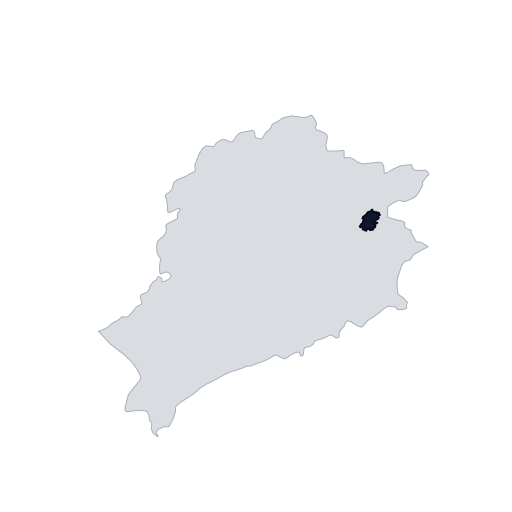 location of Karma, Gomel, Belarus, rotated 330°
{"feature_id": "67162791B17316516711258", "entity_name": "Karma", "entity_type": "district", "adm_level": 2, "iso_a3": "BLR", "parent_name": "Belarus", "parent_adm1": "Gomel", "projection": "equal_earth", "projection_center": [30.843, 53.121], "detail": "fine", "context": "in_parent", "style": "filled", "palette": "ink", "viewbox_px": 512, "rotation_deg": 330, "n_neighbors": 0, "source": "geoboundaries", "source_scale": "gbopen_adm2", "svg_char_len": 6265}
<svg xmlns="http://www.w3.org/2000/svg" viewBox="0 0 512 512"><g transform="rotate(330 256 256)"><path d="M409.4,334.0L401.8,333.6L392.7,333.7L387.6,336.5L382.0,335.2L378.0,336.7L369.0,344.4L365.4,348.5L362.1,354.8L360.0,359.5L361.1,362.8L362.8,365.9L363.2,369.2L364.0,371.8L361.8,373.7L360.5,376.4L356.6,376.0L351.9,373.3L351.0,369.6L347.4,366.9L345.0,365.6L341.1,365.4L334.8,366.6L326.6,367.5L320.5,367.8L317.1,369.1L312.1,370.4L310.2,368.9L307.5,364.6L305.3,360.3L303.7,358.5L302.4,358.0L300.7,358.1L298.8,359.4L297.3,360.8L292.2,362.4L289.9,363.9L287.3,367.8L285.7,367.6L284.0,366.7L282.1,362.3L279.4,361.3L275.1,361.2L269.7,360.3L265.4,359.0L263.8,359.3L261.2,361.1L258.4,361.4L252.3,359.7L251.1,360.5L247.4,365.3L245.8,365.6L244.8,365.0L245.5,360.8L241.9,359.3L235.9,359.0L231.7,359.7L229.6,359.5L228.6,358.7L223.6,351.6L220.9,351.2L216.0,351.5L208.8,350.7L200.5,349.1L196.0,348.5L193.7,346.9L188.6,346.4L174.9,343.4L169.3,342.9L161.1,342.9L148.5,342.2L140.5,342.6L136.7,343.6L132.3,344.2L117.4,345.0L112.0,345.8L110.4,347.2L108.5,350.5L102.1,356.1L95.9,359.8L94.8,360.1L91.4,358.1L88.5,357.5L85.1,357.3L82.7,357.9L81.1,358.8L81.1,363.2L80.7,363.5L78.3,358.4L78.8,353.8L80.4,351.1L82.3,348.7L81.7,345.2L83.7,340.4L83.9,337.0L83.2,335.5L81.9,333.9L78.1,332.0L76.5,330.5L71.3,328.5L66.2,326.1L65.4,324.6L65.7,323.6L66.7,322.0L70.9,317.5L75.4,313.0L78.3,311.3L93.1,305.6L95.5,303.6L96.2,300.3L96.3,293.6L95.7,287.4L94.8,283.2L92.4,275.3L85.7,259.1L82.0,242.3L84.9,243.2L91.8,243.6L97.3,242.5L100.2,242.3L102.7,242.7L109.9,241.7L111.7,243.2L114.8,244.6L121.2,242.6L127.0,240.3L132.8,240.5L133.7,239.4L135.3,233.4L137.1,232.2L144.1,232.8L146.7,231.7L149.5,228.8L153.7,227.0L157.1,227.0L160.7,224.9L162.4,226.3L163.2,228.7L161.9,230.7L162.4,231.5L164.8,232.4L169.1,232.4L171.8,231.6L172.5,230.5L172.5,228.4L172.0,226.6L170.2,224.9L166.9,224.1L164.5,224.1L164.2,223.0L165.1,220.8L167.3,216.7L170.0,213.1L171.6,211.7L171.9,210.4L171.7,208.2L171.8,204.2L174.3,198.6L177.5,194.4L181.7,193.1L186.7,192.3L190.0,190.4L191.7,188.1L193.1,184.5L194.8,183.8L206.8,184.2L208.8,180.6L209.9,179.6L212.2,178.6L213.9,177.3L213.3,176.3L210.2,175.7L203.0,175.2L201.6,174.0L202.1,172.6L204.1,168.9L206.1,164.2L207.2,160.5L207.4,158.4L208.4,157.8L214.3,157.1L216.3,156.4L221.5,151.4L225.4,150.6L235.3,151.9L239.9,151.8L245.7,152.1L246.2,151.6L248.4,146.7L258.4,138.9L263.7,136.2L267.1,135.6L268.2,135.7L273.4,139.8L274.7,140.0L278.2,138.3L284.3,138.1L287.1,139.6L291.0,144.6L293.1,145.2L299.1,142.4L302.3,141.5L304.5,141.5L315.6,145.4L316.4,146.7L316.5,148.2L314.7,152.8L317.0,155.6L319.6,157.6L325.4,154.4L327.5,153.5L329.8,153.5L333.0,152.3L335.2,150.5L337.4,149.9L341.5,150.3L348.9,149.9L357.5,152.7L358.2,153.5L362.6,156.8L364.1,158.4L365.5,159.0L367.8,160.5L370.9,161.6L373.0,161.2L374.0,161.8L375.0,163.0L375.1,165.2L374.8,171.3L371.7,174.6L371.2,175.7L371.4,177.1L373.9,179.7L377.0,183.9L377.8,186.3L377.8,188.1L373.4,193.4L372.0,194.6L371.0,197.2L370.5,199.9L370.8,201.0L378.0,205.3L383.4,207.6L384.6,208.7L384.7,209.4L381.9,214.0L381.6,215.2L385.9,217.1L388.3,220.1L390.5,225.0L394.6,229.7L409.9,236.5L411.3,237.8L411.8,239.3L411.3,242.5L408.5,248.6L411.2,249.5L417.9,249.3L426.2,250.1L436.1,254.4L436.2,256.4L435.2,258.2L435.9,260.0L436.9,261.6L445.6,266.5L446.4,268.0L446.6,270.3L446.4,272.1L444.0,272.4L441.4,273.3L437.1,275.4L435.4,278.3L428.5,282.4L424.2,284.3L420.7,284.4L412.5,283.5L409.7,281.5L408.5,279.6L405.3,278.8L401.1,278.7L395.4,279.1L394.2,279.6L393.2,281.9L390.8,285.8L389.1,288.0L396.4,295.7L400.1,298.9L401.3,300.8L401.3,302.2L399.5,303.9L399.8,307.2L403.4,311.5L402.2,312.2L401.9,317.6L401.9,323.3L402.9,324.7L404.8,325.8L406.5,327.9L409.2,332.7L409.4,334.0Z" fill="#d9dde1" stroke="#a8b0b8" stroke-width="1"/><path d="M384.7,282.3L384.3,282.3L383.9,282.1L383.7,281.7L383.7,281.3L384.0,280.9L384.2,280.2L384.1,279.9L383.5,279.8L383.1,279.7L383.1,279.4L383.2,279.1L382.7,278.9L382.3,278.8L382.1,278.6L382.3,278.1L382.1,277.8L381.7,277.7L381.1,277.7L380.6,277.7L380.4,277.4L380.6,277.1L380.6,276.6L380.2,276.4L379.7,276.2L379.2,276.2L379.4,275.8L379.5,275.5L379.7,275.3L379.8,275.1L379.9,274.9L380.0,274.5L380.1,274.2L380.0,273.9L379.9,273.7L379.5,273.7L379.2,273.7L378.8,273.9L378.5,274.1L377.9,274.2L376.8,274.2L376.1,274.2L375.7,274.1L375.4,273.8L375.1,273.8L374.5,274.0L373.8,274.1L373.4,274.2L373.3,274.4L373.3,274.7L373.0,275.0L372.2,275.0L371.4,275.0L371.0,275.0L370.7,275.1L370.4,275.4L369.7,275.5L369.1,275.4L368.3,275.3L368.2,275.5L368.2,275.8L368.2,276.1L368.0,276.3L367.5,276.4L367.3,276.4L366.8,276.5L367.0,277.1L367.4,277.3L367.4,277.5L367.2,277.8L367.0,278.0L366.8,278.4L366.7,278.7L366.5,279.0L366.5,279.4L366.1,279.6L365.8,279.6L365.6,279.6L365.4,279.7L365.4,280.0L365.7,280.5L365.9,280.9L365.8,281.1L365.3,281.2L364.6,281.1L364.3,280.9L363.9,280.7L363.3,280.7L362.9,280.9L362.6,281.1L362.1,281.3L361.6,281.6L360.8,282.0L360.4,282.4L360.4,283.1L360.6,283.4L361.0,283.5L361.5,283.5L361.9,283.5L362.2,283.6L362.5,283.7L362.5,283.9L362.5,284.1L362.4,284.4L362.3,284.6L362.1,284.9L362.0,285.1L361.9,285.4L361.8,285.8L361.9,286.2L362.0,286.4L361.9,286.8L362.0,286.8L362.3,287.0L362.6,287.4L362.7,287.7L362.9,288.0L363.2,288.5L363.4,288.8L363.6,289.1L364.0,289.4L364.4,289.4L364.5,288.9L364.5,288.7L365.1,288.5L365.9,288.5L366.1,288.5L366.7,288.7L366.9,289.0L367.1,289.2L367.2,289.4L367.5,289.4L367.8,289.6L367.8,289.8L367.6,290.0L367.5,290.4L367.6,290.7L367.8,290.9L368.4,291.2L369.2,291.3L369.7,291.5L370.1,291.7L370.6,291.9L370.8,291.8L370.8,291.5L370.5,291.2L370.4,291.1L370.4,290.8L370.6,290.7L371.2,290.7L372.4,290.8L373.2,290.8L373.6,290.7L373.9,290.6L374.1,290.3L374.0,290.1L374.0,289.9L374.2,289.7L374.5,289.6L374.8,289.3L374.9,289.1L374.9,288.8L374.9,288.5L375.1,288.3L375.6,288.1L376.3,288.2L376.9,288.2L377.6,288.2L377.9,287.9L377.8,287.6L377.6,287.3L377.2,287.2L376.3,287.0L376.1,286.8L376.0,286.4L375.7,286.3L375.4,286.2L375.0,286.0L375.0,285.8L375.3,285.7L375.5,285.5L375.7,285.4L376.1,285.2L376.7,285.1L377.3,285.1L377.8,285.0L378.6,285.0L379.7,285.0L380.3,285.0L380.8,284.9L381.1,284.8L381.4,284.6L381.6,284.4L381.7,284.1L381.7,283.8L381.5,283.7L381.5,283.2L381.6,282.9L381.7,282.7L382.0,282.6L382.3,282.5L383.1,282.6L383.5,282.6L383.9,282.5L384.6,282.3L384.7,282.3Z" fill="#0f172a" stroke="#020617" stroke-width="1.5"/></g></svg>